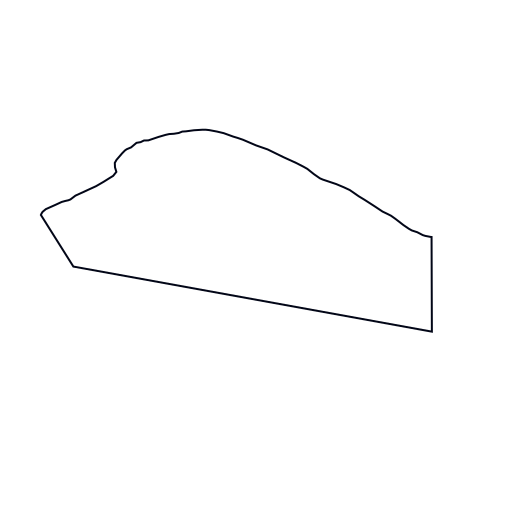 Ngerkeiukl, Palau (Albers equal-area conic projection), rotated 50°
{"feature_id": "81905179B11075638716817", "entity_name": "Ngerkeiukl", "entity_type": "district", "adm_level": 2, "iso_a3": "PLW", "parent_name": "Palau", "parent_adm1": "", "projection": "albers", "projection_center": [134.228, 7.009], "detail": "fine", "context": "isolated", "style": "outline", "palette": "ink", "viewbox_px": 512, "rotation_deg": 50, "n_neighbors": 0, "source": "geoboundaries", "source_scale": "gbopen_adm2", "svg_char_len": 1007}
<svg xmlns="http://www.w3.org/2000/svg" viewBox="0 0 512 512"><g transform="rotate(50 256 256)"><path d="M427.0,169.9L354.3,109.3L353.7,109.9L349.4,113.4L347.2,114.8L341.4,117.2L336.6,120.2L333.4,121.4L327.0,123.2L316.9,125.4L311.9,126.7L308.4,128.2L303.3,130.5L294.4,133.1L282.8,136.7L276.3,138.9L265.7,141.8L259.9,144.5L252.5,148.3L240.4,155.7L237.6,157.1L230.6,159.0L222.2,160.7L218.2,162.2L210.6,165.4L198.0,171.4L181.8,178.6L171.4,184.8L158.5,191.3L153.7,194.2L149.9,196.7L141.1,201.8L135.6,205.9L129.5,210.9L127.0,213.3L124.6,216.2L119.8,222.7L115.5,229.5L113.3,232.5L112.1,236.1L109.6,240.3L106.8,244.1L105.1,247.4L102.1,254.2L98.2,264.2L95.5,267.6L94.6,271.2L92.5,274.8L92.5,281.9L91.1,286.4L90.9,288.5L91.3,292.6L92.7,301.1L93.9,304.3L97.4,307.0L101.8,308.9L102.8,313.9L102.1,318.6L101.2,325.1L99.7,333.7L93.7,355.5L93.4,361.8L92.7,363.9L91.2,366.8L89.7,370.1L88.0,376.4L85.0,386.9L85.0,391.1L85.6,393.0L86.3,394.4L146.7,402.7L427.0,169.9Z" fill="none" stroke="#020617" stroke-width="2"/></g></svg>